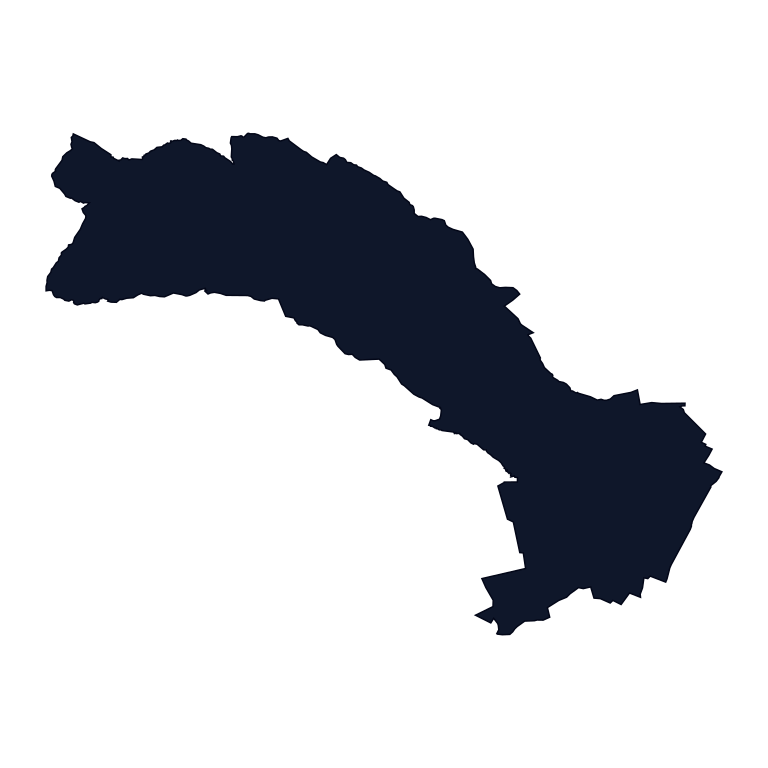 outline of Galda De Jos, Alba, Romania
{"feature_id": "2599482B67050405953805", "entity_name": "Galda De Jos", "entity_type": "district", "adm_level": 2, "iso_a3": "ROU", "parent_name": "Romania", "parent_adm1": "Alba", "projection": "robinson", "projection_center": [23.552, 46.204], "detail": "fine", "context": "isolated", "style": "filled", "palette": "ink", "viewbox_px": 768, "rotation_deg": 0, "n_neighbors": 0, "source": "geoboundaries", "source_scale": "gbopen_adm2", "svg_char_len": 6045}
<svg xmlns="http://www.w3.org/2000/svg" viewBox="0 0 768 768"><path d="M719.0,477.6L718.9,477.0L721.9,471.8L714.2,468.5L709.5,465.0L703.9,462.9L708.8,455.3L712.1,449.1L705.2,446.2L705.8,444.4L701.3,442.3L705.6,434.0L684.3,412.7L683.3,409.5L679.8,406.8L682.2,405.9L684.9,405.8L685.0,403.2L661.5,403.5L651.7,402.6L640.1,404.5L637.4,389.9L631.0,392.4L614.0,395.7L610.3,399.1L606.5,400.3L604.1,400.3L601.1,399.3L597.3,400.1L590.5,396.8L578.2,393.2L577.6,392.5L576.0,393.0L572.6,391.0L570.8,390.9L569.9,387.8L566.4,384.1L563.5,382.5L558.8,381.5L557.7,380.3L553.1,377.6L552.5,376.8L552.8,375.4L552.3,374.3L550.6,373.4L544.4,367.6L542.5,363.4L540.5,360.6L539.9,358.6L540.4,358.0L531.4,339.5L530.8,338.2L528.6,336.1L528.0,334.7L533.2,332.7L521.8,325.1L520.4,323.8L518.0,318.7L504.3,306.1L512.8,300.1L519.7,294.1L516.8,290.5L513.0,287.7L505.4,287.4L499.8,287.8L495.3,286.5L491.6,283.8L490.6,280.5L484.7,274.6L477.4,269.0L475.5,268.5L475.8,267.5L474.3,262.9L473.5,256.8L473.1,249.1L467.8,239.3L462.4,232.1L453.0,229.4L448.2,227.2L445.8,225.1L444.3,220.7L442.0,219.6L434.9,218.2L433.5,218.3L430.5,219.7L426.2,217.5L423.9,216.9L421.6,216.3L418.0,216.5L414.2,213.4L414.2,210.0L413.3,206.7L412.4,205.6L409.9,204.6L409.1,202.3L403.9,198.2L399.9,191.9L396.9,190.8L388.0,184.6L386.8,182.3L382.7,181.0L380.0,178.6L375.4,175.9L373.7,175.4L369.2,172.3L364.1,170.0L361.4,168.0L357.6,166.7L356.5,165.1L353.7,164.8L350.8,162.7L346.8,162.4L345.4,159.7L343.6,158.2L339.7,157.4L336.3,154.6L330.6,158.3L326.6,164.6L323.2,162.6L320.4,162.0L311.8,157.0L306.3,152.3L303.6,151.4L301.2,149.8L289.3,140.9L287.9,138.4L280.7,141.0L278.8,140.6L277.0,138.2L272.4,136.9L268.4,137.0L265.9,137.8L262.9,137.2L258.2,134.8L254.8,133.8L249.8,133.8L248.8,133.3L247.5,133.5L244.2,136.9L242.8,137.2L242.1,136.2L241.0,135.8L237.5,136.7L231.7,136.6L231.1,137.9L230.4,143.1L231.5,145.5L231.8,148.8L231.3,157.0L232.3,158.7L232.3,160.2L233.2,160.5L234.1,163.9L232.7,164.0L230.5,161.5L224.9,157.8L223.6,156.2L220.6,155.9L219.8,154.0L216.8,152.7L212.5,149.3L209.9,149.1L208.9,148.3L205.9,147.7L203.8,146.1L200.8,144.7L191.1,143.2L188.6,141.0L186.6,140.0L186.0,139.1L182.8,138.7L180.9,140.3L178.6,140.5L177.4,140.0L176.9,140.5L174.7,140.4L172.0,141.4L171.0,140.8L170.6,141.1L170.9,142.5L170.4,142.9L168.8,143.4L167.5,143.0L164.4,145.2L163.8,145.1L162.1,146.8L156.9,147.4L154.1,149.9L150.5,151.2L148.8,153.0L145.9,154.0L145.6,154.8L144.1,155.3L143.8,156.6L142.4,157.0L142.6,158.8L142.1,159.5L131.8,158.9L129.5,159.8L128.5,159.7L127.6,158.5L124.8,158.6L122.7,157.9L120.7,160.0L118.7,160.3L118.8,160.9L113.6,158.3L113.1,157.1L111.0,157.0L110.9,154.7L101.3,148.5L94.0,142.6L90.2,141.8L73.3,133.9L72.8,136.1L71.3,137.4L72.0,141.7L71.0,144.3L71.7,147.3L72.4,148.6L70.6,150.5L66.8,152.8L62.8,156.7L62.0,160.3L55.7,168.8L55.2,170.2L55.7,171.1L52.5,173.4L51.9,174.5L51.7,176.1L54.0,181.2L55.3,186.4L59.8,188.3L64.7,194.1L65.9,196.4L70.3,198.2L71.5,198.0L75.1,200.7L78.9,202.2L80.6,201.4L83.5,203.1L84.9,202.6L89.4,202.8L86.8,205.6L85.1,206.3L84.1,207.5L82.0,208.8L83.3,212.5L85.5,215.1L85.9,216.1L85.6,218.4L82.6,223.8L80.3,229.3L74.7,237.4L73.1,242.8L71.6,244.4L68.6,244.9L68.2,247.2L66.2,249.2L62.1,252.0L61.3,253.0L61.5,254.5L61.0,255.6L59.1,257.7L58.3,261.4L56.4,262.7L53.2,267.7L51.6,269.1L50.8,272.4L47.7,276.5L47.0,280.2L47.1,282.7L46.1,286.3L46.1,290.8L49.3,290.3L52.1,290.6L53.5,294.7L54.8,296.5L56.5,297.5L60.3,297.5L63.7,299.1L64.8,300.3L68.9,301.1L71.7,299.7L72.8,300.0L73.6,300.9L73.9,301.7L73.6,302.5L74.4,303.8L77.3,304.9L83.8,303.2L84.9,303.9L90.8,303.1L91.7,302.3L95.3,302.7L97.4,302.1L98.7,301.3L98.7,300.5L100.2,298.6L101.8,298.6L102.3,297.3L105.3,298.9L107.9,299.4L108.4,299.9L107.7,301.1L111.0,302.1L116.4,302.3L119.8,299.4L121.9,299.6L126.8,298.2L133.4,297.7L137.8,294.9L141.6,293.2L143.4,294.2L150.4,295.7L154.9,295.4L159.6,296.5L164.5,296.8L173.4,293.0L182.0,294.6L185.9,296.0L187.2,295.9L189.8,295.3L196.0,292.6L199.4,289.9L205.1,288.3L205.6,289.1L205.1,289.9L206.3,290.5L205.0,291.2L208.0,294.0L210.6,292.9L214.4,292.3L220.5,293.4L226.1,295.3L247.6,295.5L251.0,296.4L254.2,299.0L260.6,300.6L264.5,301.0L265.1,300.3L271.9,298.3L278.5,298.9L285.7,316.3L294.0,317.9L295.3,320.5L296.9,322.1L297.0,323.1L299.0,324.8L302.5,324.8L308.0,326.0L310.0,325.8L317.9,329.5L320.3,332.8L325.5,335.4L332.6,337.4L335.0,339.5L336.7,344.4L338.0,346.3L345.1,353.7L348.5,354.5L352.3,354.3L355.2,357.4L359.6,360.0L379.1,359.1L384.8,364.5L386.0,368.2L391.1,370.0L394.3,374.4L397.0,376.8L401.6,384.0L404.3,385.7L413.8,394.2L419.0,397.0L422.1,398.0L432.6,404.6L440.3,407.5L439.9,408.2L441.3,409.5L441.2,411.5L440.7,416.0L439.5,419.2L434.9,420.8L433.0,420.7L430.8,419.7L428.8,425.2L430.5,425.4L430.5,426.2L432.5,426.4L435.0,428.0L435.9,427.8L436.3,428.7L437.1,428.5L439.2,429.8L441.2,429.9L441.9,430.5L453.2,432.0L454.0,432.4L454.4,433.5L455.7,432.7L456.1,433.6L459.7,433.4L460.0,434.4L462.4,436.1L464.5,438.7L467.7,439.6L470.9,442.9L473.5,444.2L474.3,443.6L477.1,444.2L483.6,449.8L486.2,449.9L486.4,450.9L487.7,452.7L490.5,454.6L493.3,457.3L498.6,460.4L501.0,462.6L503.2,466.0L504.1,466.4L504.6,467.5L504.1,468.1L505.7,469.3L505.9,470.9L506.4,471.3L507.3,470.4L507.7,472.0L509.1,473.5L509.8,472.6L510.9,473.5L510.6,475.8L511.6,476.2L511.2,476.8L514.3,476.0L514.8,477.2L517.5,477.6L517.4,482.0L504.3,482.1L504.3,482.5L497.9,486.0L507.5,519.2L513.3,521.9L519.8,552.6L523.3,552.9L525.6,568.5L481.9,578.6L485.9,587.6L493.2,600.2L493.0,606.6L475.5,615.2L490.8,622.9L493.7,618.3L497.7,623.5L498.3,625.4L498.8,629.7L496.8,633.7L497.4,634.1L502.3,634.7L509.8,634.4L512.7,631.8L514.8,628.8L517.2,626.5L524.7,621.1L534.5,620.7L537.1,620.0L543.2,620.1L549.7,617.2L547.4,607.6L558.8,600.4L566.6,597.2L570.0,593.8L578.5,587.6L583.3,588.6L590.7,586.9L594.0,598.1L600.3,598.6L610.2,603.0L612.9,600.4L621.1,604.5L629.5,593.0L640.5,597.3L640.2,594.1L642.5,587.9L643.9,577.8L647.8,578.6L650.2,576.1L665.7,582.1L667.0,578.9L669.8,567.9L671.3,564.5L690.2,529.5L691.4,526.3L691.4,523.6L691.8,523.6L692.2,521.4L694.0,517.3L710.9,487.0L710.7,485.7L716.1,481.4L719.0,477.6Z" fill="#0f172a" stroke="#020617" stroke-width="1.5"/></svg>